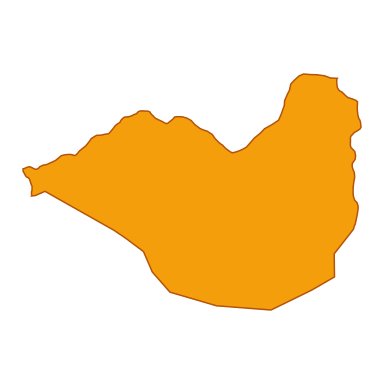 outline of Langchhenphu, Samdrup Jongkhar, Bhutan
{"feature_id": "84629894B84259399341451", "entity_name": "Langchhenphu", "entity_type": "district", "adm_level": 2, "iso_a3": "BTN", "parent_name": "Bhutan", "parent_adm1": "Samdrup Jongkhar", "projection": "natural_earth1", "projection_center": [92.002, 26.919], "detail": "fine", "context": "isolated", "style": "filled", "palette": "amber", "viewbox_px": 384, "rotation_deg": 0, "n_neighbors": 0, "source": "geoboundaries", "source_scale": "gbopen_adm2", "svg_char_len": 2672}
<svg xmlns="http://www.w3.org/2000/svg" viewBox="0 0 384 384"><path d="M337.3,78.3L330.5,78.0L324.6,75.8L316.5,74.7L311.0,74.6L303.5,74.0L299.0,76.0L294.5,80.1L290.8,84.0L289.4,90.4L287.5,94.0L284.6,100.7L284.3,105.5L281.2,114.2L278.6,120.2L271.5,124.9L264.6,128.7L260.3,133.2L254.2,138.2L246.6,147.0L243.2,149.0L239.3,150.8L235.5,152.1L232.3,152.8L230.2,151.8L225.5,148.3L222.4,145.0L220.9,144.1L218.4,142.0L215.2,138.7L212.3,134.5L207.2,131.2L203.2,129.9L200.0,128.5L194.7,124.5L191.2,120.5L187.0,118.2L184.9,117.6L183.2,117.0L180.8,116.7L178.4,116.7L176.1,116.7L174.6,117.1L173.1,118.8L171.5,120.3L169.6,121.7L167.4,123.5L166.4,123.6L164.8,123.0L162.6,121.7L159.6,120.3L157.9,119.5L155.8,118.5L154.3,117.3L153.0,115.7L151.5,114.5L149.8,112.0L149.0,111.5L147.4,111.1L145.3,111.1L143.2,110.9L141.4,110.9L139.3,111.2L137.9,112.1L136.3,113.8L134.1,114.5L131.7,115.8L129.6,116.5L127.3,116.9L125.3,117.0L124.0,117.3L122.7,118.5L121.6,119.4L120.3,121.5L119.9,122.5L117.9,123.6L115.3,125.6L113.0,128.7L109.3,133.1L108.3,133.8L105.1,134.2L100.8,135.2L96.7,135.3L94.2,136.7L91.2,138.7L88.8,142.1L85.8,145.8L80.9,149.8L79.4,151.0L77.6,153.3L76.0,154.9L75.1,155.5L73.7,155.3L72.2,154.7L69.7,154.4L66.4,154.6L63.3,155.1L61.1,155.8L58.5,158.0L55.6,160.4L53.4,161.5L50.7,162.7L47.5,164.2L45.1,164.9L43.3,165.1L39.6,166.8L39.0,167.8L36.8,169.2L35.6,169.3L34.4,168.9L33.6,168.5L31.9,167.6L29.8,166.7L27.0,167.3L24.4,168.5L23.0,168.9L23.1,170.0L23.1,171.0L23.6,172.2L24.3,173.3L24.8,174.4L25.6,175.8L26.3,176.7L26.8,177.1L27.9,177.5L28.6,178.0L29.2,178.9L29.7,179.8L30.1,181.0L30.3,181.6L30.6,182.6L31.1,184.2L31.6,185.4L31.9,186.2L32.1,186.7L32.1,187.3L32.0,188.3L32.0,189.0L32.0,190.0L31.8,191.0L31.5,191.8L31.5,192.8L31.6,195.5L31.5,196.0L35.4,195.5L45.0,191.3L58.0,198.7L113.8,230.2L125.6,238.2L143.5,251.6L152.3,272.0L170.0,292.2L216.5,305.8L271.0,310.0L311.7,290.1L334.5,276.9L334.2,253.8L350.3,233.3L353.5,229.1L354.2,226.3L355.2,224.2L355.8,221.5L356.5,218.2L357.3,214.2L357.9,210.3L358.2,207.4L357.8,204.9L356.9,202.5L354.9,200.5L354.0,198.4L353.3,195.5L353.1,192.7L353.1,189.6L353.3,186.2L353.6,183.4L354.1,180.4L354.6,178.0L354.6,175.2L354.1,172.0L352.8,168.9L352.2,166.5L352.3,163.5L353.8,161.3L355.2,159.2L355.6,155.4L354.7,151.4L352.8,149.4L350.8,147.4L350.3,144.4L350.5,141.3L350.4,138.5L350.7,136.5L352.6,134.4L354.3,132.5L356.9,131.1L360.0,129.0L361.0,127.2L360.8,125.2L360.5,122.2L359.8,120.0L358.7,118.2L357.8,114.7L357.5,111.7L357.2,108.1L357.4,104.9L357.5,101.8L356.0,100.4L352.8,99.1L348.0,97.6L345.9,95.9L343.3,93.4L341.9,92.0L339.9,91.0L338.8,90.0L337.4,87.8L337.0,85.2L336.7,82.2L336.8,79.1L337.3,78.3Z" fill="#f59e0b" stroke="#b45309" stroke-width="1.5"/></svg>